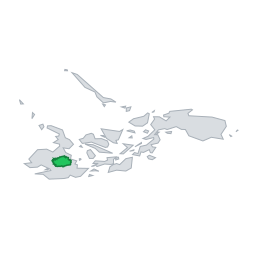 location of Bukidnon, Bukidnon, Philippines, rotated 93°
{"feature_id": "2640588B97736443103823", "entity_name": "Bukidnon", "entity_type": "district", "adm_level": 2, "iso_a3": "PHL", "parent_name": "Philippines", "parent_adm1": "Bukidnon", "projection": "equal_earth", "projection_center": [124.931, 8.005], "detail": "fine", "context": "in_parent", "style": "filled", "palette": "green", "viewbox_px": 256, "rotation_deg": 93, "n_neighbors": 0, "source": "geoboundaries", "source_scale": "gbopen_adm2", "svg_char_len": 6579}
<svg xmlns="http://www.w3.org/2000/svg" viewBox="0 0 256 256"><g transform="rotate(93 128 128)"><path d="M121.2,29.9L129.5,34.8L134.2,32.3L132.9,44.3L137.0,52.5L132.6,66.8L126.5,70.6L126.6,74.6L124.1,79.9L127.5,88.9L126.7,91.3L128.3,97.6L133.3,101.2L133.2,97.9L138.1,95.3L141.5,97.3L143.4,104.0L145.6,102.6L145.9,99.2L151.6,102.6L151.4,104.4L148.5,105.6L151.6,111.3L151.2,113.8L155.3,114.9L154.3,122.1L152.2,120.2L153.0,116.7L145.8,114.8L144.1,108.7L137.7,101.6L136.2,101.9L138.5,109.4L137.7,112.5L135.2,107.5L128.4,101.1L123.4,105.5L117.7,101.9L115.4,103.1L115.2,97.3L118.9,90.3L114.9,86.7L114.9,92.8L113.2,93.2L111.1,88.0L109.2,87.1L105.9,65.7L106.5,64.6L110.2,68.9L112.6,67.9L112.7,44.7L115.5,31.6L121.2,29.9ZM170.4,165.4L178.7,172.8L180.0,177.8L178.1,183.3L180.7,185.0L181.8,189.4L183.2,204.1L178.7,210.3L178.7,218.7L174.5,202.8L173.0,203.9L169.4,212.8L171.8,216.3L172.7,223.8L169.0,229.7L167.7,222.4L164.2,225.4L154.4,217.2L153.4,208.1L155.9,201.8L149.7,195.3L147.7,195.5L146.5,201.7L143.2,197.1L140.2,199.8L139.7,196.8L137.6,196.2L132.2,208.8L130.1,208.5L129.7,204.9L133.4,193.3L141.0,190.1L142.7,185.8L147.1,181.6L151.8,185.8L151.2,191.7L155.8,188.9L158.2,183.2L161.9,183.8L163.5,177.5L166.7,179.1L167.4,176.6L170.8,176.8L170.4,165.4ZM145.8,172.8L142.0,176.1L140.6,172.1L137.1,169.6L135.2,164.3L136.1,162.2L140.5,160.3L140.0,153.8L142.0,147.9L145.1,146.3L148.0,147.4L148.6,149.6L144.0,163.7L145.8,172.8ZM167.8,122.7L171.1,127.9L170.7,137.1L173.4,145.4L167.7,144.0L165.4,140.9L164.1,137.6L165.0,134.4L158.7,128.5L157.0,122.1L167.8,122.7ZM129.8,133.1L140.3,137.0L141.0,139.4L144.0,138.0L143.5,141.8L139.5,148.9L130.2,154.8L131.9,136.3L129.8,133.1ZM89.7,173.1L75.7,186.8L77.2,181.5L98.9,154.2L99.9,146.6L102.8,141.4L102.4,146.9L104.2,153.9L98.5,160.7L93.8,162.9L89.7,173.1ZM112.7,107.5L121.8,108.8L125.4,113.5L125.6,121.0L122.1,127.5L118.5,123.0L115.5,112.9L111.9,109.1L112.7,107.5ZM160.2,140.9L164.2,140.5L165.3,142.9L165.2,149.5L168.1,156.9L166.7,158.7L164.9,155.9L165.3,161.1L162.5,159.0L162.6,149.6L161.2,146.8L158.7,147.4L157.4,138.0L160.2,140.9ZM146.3,170.1L146.5,162.1L154.0,142.0L153.6,155.4L150.1,159.6L146.3,170.1ZM160.4,164.9L155.0,167.8L152.8,167.4L151.5,164.4L157.4,159.1L160.2,161.2L160.4,164.9ZM144.9,121.9L154.1,131.3L154.1,134.6L147.6,127.5L144.0,132.0L144.9,121.9ZM157.7,105.8L155.6,107.3L154.1,105.3L156.2,99.0L158.4,102.1L157.7,105.8ZM134.2,214.1L130.1,217.0L128.6,213.2L131.2,212.0L134.2,214.1ZM106.7,126.2L110.6,127.4L111.5,130.6L108.1,130.7L106.7,126.2ZM129.9,107.2L132.2,108.4L130.9,112.3L128.9,110.4L129.9,107.2ZM119.4,222.0L123.7,224.4L117.6,224.2L119.4,222.0ZM172.9,162.9L170.7,159.8L172.7,154.8L172.4,157.8L172.9,162.9ZM132.5,120.8L130.9,129.2L129.9,125.7L130.8,121.6L132.5,120.8ZM109.4,233.8L109.7,236.4L105.4,237.9L109.4,233.8ZM131.4,84.8L131.2,88.5L130.2,90.1L129.2,84.3L131.4,84.8ZM138.7,150.2L136.8,155.1L136.8,152.2L138.7,150.2ZM108.3,132.1L107.3,135.6L106.3,131.5L108.3,132.1ZM160.6,138.6L159.1,138.7L157.7,136.0L159.4,135.6L160.6,138.6ZM137.7,123.3L137.7,126.4L135.6,123.8L137.7,123.3ZM178.5,164.7L176.4,164.1L177.3,160.7L178.5,164.7ZM142.7,113.7L146.4,120.1L141.8,113.8L142.7,113.7ZM107.9,152.8L105.4,154.6L106.1,151.7L107.9,152.8ZM149.6,172.7L149.1,175.4L147.8,174.1L149.6,172.7ZM150.3,121.4L151.1,125.2L149.3,120.5L150.3,121.4ZM74.1,194.3L72.8,194.1L73.1,191.7L74.0,191.4L74.1,194.3ZM162.8,174.8L161.2,175.0L161.1,173.6L162.0,173.3L162.8,174.8ZM174.1,208.6L172.9,206.8L173.2,205.1L174.0,206.0L174.1,208.6ZM110.5,102.9L111.2,105.0L109.3,102.6L110.5,102.9ZM167.7,159.8L168.3,162.6L166.6,159.2L167.7,159.8ZM131.2,24.8L129.3,26.5L130.7,24.0L131.2,24.8ZM132.9,99.4L130.4,97.8L130.5,96.6L132.9,99.4ZM124.5,18.1L126.1,20.0L124.3,18.7L124.5,18.1Z" fill="#d9dde1" stroke="#a8b0b8" stroke-width="1"/><path d="M167.9,183.5L166.1,183.5L165.4,183.4L165.3,183.1L164.8,183.2L164.7,183.3L164.5,183.2L164.4,183.3L164.0,183.2L164.0,183.3L163.9,183.3L163.7,183.4L163.6,183.5L163.4,183.4L163.3,183.6L163.3,183.9L163.2,183.9L163.3,184.2L163.2,184.3L163.2,184.5L163.0,184.4L163.0,184.5L162.9,184.6L162.7,184.7L162.7,184.8L162.6,185.1L162.8,185.3L162.7,185.5L162.6,185.8L162.4,186.0L160.8,186.0L160.7,186.0L160.7,186.3L160.6,186.6L160.6,186.8L160.5,187.1L160.5,187.3L160.5,187.7L160.5,187.8L160.4,187.8L160.4,188.0L160.3,187.9L160.2,188.0L160.3,188.1L160.2,188.2L160.3,188.2L160.2,188.4L160.3,188.5L160.2,188.5L160.1,188.8L160.0,189.0L160.1,189.3L160.1,189.5L160.2,189.8L160.1,190.0L159.9,190.3L159.3,190.3L159.4,190.5L159.5,190.7L159.6,191.0L159.7,191.3L159.8,191.4L159.8,191.5L159.8,191.9L159.8,192.0L160.0,192.4L160.0,192.5L160.0,192.8L160.3,193.4L160.5,193.9L160.4,193.9L160.4,194.0L160.5,194.0L160.7,194.4L160.6,194.5L160.8,194.6L160.8,194.8L161.0,195.0L161.2,195.3L161.3,195.3L161.4,195.6L161.6,195.9L161.7,196.0L161.7,196.3L161.8,196.3L162.0,196.6L162.0,196.8L161.9,196.8L162.0,197.0L161.9,197.1L162.1,197.2L162.1,197.4L162.2,197.5L162.3,197.5L162.2,197.6L162.3,197.8L162.2,197.8L162.3,198.0L162.5,198.0L162.7,198.3L162.8,198.2L162.7,198.3L162.8,198.3L162.8,198.5L162.9,198.8L162.9,198.7L162.9,198.8L163.0,198.8L162.9,199.0L163.0,199.0L162.9,199.1L163.0,199.1L162.9,199.2L163.1,199.4L163.0,199.5L162.9,199.7L162.9,199.8L162.7,199.9L162.8,200.0L162.7,200.1L162.7,200.3L162.6,200.5L162.8,200.4L162.9,200.2L162.9,200.3L163.0,200.3L163.2,200.6L163.2,200.8L163.3,201.0L163.5,201.3L163.6,201.2L163.6,201.3L163.6,201.2L163.7,201.3L163.7,201.5L163.8,201.5L163.9,201.4L164.0,201.5L164.0,201.4L164.2,201.2L164.2,201.3L164.2,201.2L164.3,201.3L164.4,201.5L164.5,201.5L164.7,201.8L164.8,201.7L165.0,201.7L165.4,201.7L165.5,201.7L165.8,201.3L165.8,201.0L166.5,200.9L166.8,200.8L166.9,200.5L166.9,200.3L166.9,200.2L167.2,200.1L167.7,200.4L167.7,200.2L168.0,200.1L168.1,199.2L168.8,199.2L168.8,198.7L168.6,198.2L168.8,198.2L169.1,198.3L169.3,198.4L169.9,198.3L169.9,197.4L170.1,196.8L170.1,196.7L170.0,196.2L170.0,195.8L170.0,195.7L169.9,195.5L169.8,195.3L169.8,194.6L169.9,193.9L169.8,193.5L169.6,192.9L169.5,192.7L169.3,192.3L169.4,192.1L169.4,191.9L169.6,191.8L169.6,191.6L169.7,191.3L169.8,191.3L169.9,191.2L169.9,191.3L169.9,191.2L170.0,191.2L170.1,190.9L170.0,190.7L170.0,190.8L170.0,190.7L169.9,190.6L169.8,190.4L169.7,190.3L169.7,190.2L169.6,189.9L169.4,189.8L169.4,189.7L169.2,189.6L169.2,189.2L169.0,188.9L169.0,188.6L168.9,188.1L168.8,187.9L168.7,187.8L168.6,187.7L168.5,187.4L168.4,187.3L168.2,187.0L168.2,186.8L168.2,186.3L168.2,186.2L168.3,186.0L168.2,185.8L168.1,185.7L167.9,185.1L167.9,184.9L167.9,184.7L167.9,184.3L167.9,184.2L167.9,183.9L168.0,183.7L168.0,183.4L168.0,183.5L167.9,183.5Z" fill="#22c55e" stroke="#15803d" stroke-width="1.5"/></g></svg>